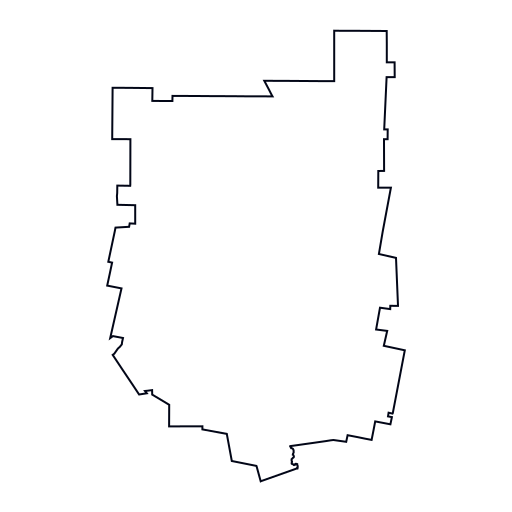 Figueroa, Santiago del Estero, Argentina
{"feature_id": "61730980B49742365360774", "entity_name": "Figueroa", "entity_type": "district", "adm_level": 2, "iso_a3": "ARG", "parent_name": "Argentina", "parent_adm1": "Santiago del Estero", "projection": "mercator", "projection_center": [-63.559, -27.316], "detail": "fine", "context": "isolated", "style": "outline", "palette": "ink", "viewbox_px": 512, "rotation_deg": 0, "n_neighbors": 0, "source": "geoboundaries", "source_scale": "gbopen_adm2", "svg_char_len": 2420}
<svg xmlns="http://www.w3.org/2000/svg" viewBox="0 0 512 512"><path d="M233.0,96.2L209.5,96.1L196.1,96.0L172.5,95.9L172.4,101.0L162.4,101.0L152.3,100.9L152.5,88.1L152.4,88.1L133.0,87.9L120.5,87.8L112.6,87.8L112.2,139.1L121.3,139.1L130.4,139.2L130.3,184.7L130.2,185.8L117.3,185.6L117.2,193.1L116.9,196.1L117.4,204.8L135.2,205.2L135.2,223.7L129.7,223.4L129.1,226.8L115.5,227.6L114.7,231.7L108.3,261.8L112.1,262.6L109.7,274.0L107.2,285.6L121.5,288.4L110.2,338.1L112.9,336.1L123.0,338.0L122.1,342.0L121.8,344.4L119.7,347.0L118.7,347.8L117.8,348.7L114.3,353.7L112.7,354.9L122.4,369.5L127.5,377.1L133.8,386.5L139.1,394.5L146.8,393.3L145.0,391.0L152.1,390.1L152.2,394.6L169.2,404.8L169.1,426.4L202.4,426.3L202.4,429.4L226.8,433.9L231.8,461.0L256.4,465.9L256.5,466.0L260.7,481.3L260.9,481.2L296.7,468.5L296.8,468.5L296.7,468.3L296.8,468.1L297.1,467.8L297.6,467.8L297.6,467.6L297.7,467.2L297.7,466.6L297.7,466.3L297.7,466.0L297.4,465.7L297.4,465.2L297.2,464.6L297.2,464.1L296.7,464.0L296.2,463.8L295.6,463.8L295.1,464.1L295.1,464.7L294.4,464.9L294.0,465.1L293.7,465.0L293.4,464.6L292.8,464.1L292.1,464.0L291.7,463.7L291.6,463.2L291.7,462.7L292.0,462.1L292.0,461.4L291.6,460.9L291.6,460.3L291.6,460.0L291.6,459.2L292.0,458.8L292.4,458.5L292.6,458.2L292.8,457.9L293.2,457.7L293.5,457.5L293.9,456.9L293.8,456.3L293.7,455.8L293.5,455.3L293.2,454.9L292.8,454.7L292.9,454.2L293.0,453.8L293.3,453.2L293.6,452.6L293.7,452.1L293.6,451.5L293.6,450.8L293.6,450.2L293.2,449.5L292.9,448.8L292.5,448.6L292.1,448.3L291.6,448.2L291.2,448.2L291.0,447.9L291.0,447.3L290.8,447.0L290.4,446.8L290.2,446.5L290.3,446.3L290.3,446.1L297.6,445.1L304.6,444.1L311.8,443.1L325.8,441.1L330.8,440.3L333.4,440.0L346.2,441.8L347.6,435.2L358.0,437.2L364.8,438.6L371.6,439.9L373.6,429.8L375.2,421.4L390.4,424.3L391.9,417.1L388.0,416.4L388.6,412.7L392.5,413.6L392.8,413.1L404.8,350.3L383.8,345.8L387.2,330.9L376.1,329.5L380.0,307.7L390.2,309.1L390.3,305.8L397.9,305.9L398.0,305.9L398.0,305.7L396.0,257.9L378.9,254.0L382.7,231.6L390.9,187.7L378.2,187.7L378.3,171.0L384.1,170.9L384.0,139.2L387.6,139.2L387.7,129.4L384.2,129.4L386.6,77.1L394.7,77.1L394.6,62.3L386.8,62.3L386.8,43.0L386.7,31.0L355.0,30.8L348.0,30.8L345.5,30.8L341.3,30.8L334.3,30.7L334.2,30.7L334.2,41.6L334.2,53.2L334.2,75.3L334.2,76.0L334.2,81.1L318.1,81.1L289.4,80.9L264.3,80.8L268.9,89.5L271.7,95.0L272.5,96.4L255.2,96.3L244.4,96.3L233.0,96.2Z" fill="none" stroke="#020617" stroke-width="2"/></svg>